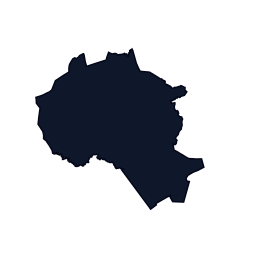 Veselavas pag., Priekulu, Latvia, rotated 310°
{"feature_id": "27541924B69418536197528", "entity_name": "Veselavas pag.", "entity_type": "district", "adm_level": 2, "iso_a3": "LVA", "parent_name": "Latvia", "parent_adm1": "Priekulu", "projection": "orthographic", "projection_center": [25.543, 57.263], "detail": "fine", "context": "isolated", "style": "filled", "palette": "ink", "viewbox_px": 256, "rotation_deg": 310, "n_neighbors": 0, "source": "geoboundaries", "source_scale": "gbopen_adm2", "svg_char_len": 5594}
<svg xmlns="http://www.w3.org/2000/svg" viewBox="0 0 256 256"><g transform="rotate(310 128 128)"><path d="M60.3,86.5L60.6,87.1L60.6,88.1L60.7,88.3L61.5,88.3L61.7,88.6L61.8,89.3L62.0,89.5L62.2,89.4L62.3,88.9L62.7,88.6L63.4,88.9L63.6,89.1L63.7,90.1L63.7,90.3L62.7,90.8L62.7,91.1L63.1,91.8L63.2,92.7L63.4,93.0L64.7,93.2L64.9,93.6L64.8,94.0L64.6,94.2L63.5,95.1L63.3,95.6L63.4,95.9L64.2,96.3L64.4,96.7L64.3,97.0L62.6,97.4L62.0,97.9L61.9,98.2L62.1,98.4L64.7,99.9L65.6,99.8L65.9,99.9L65.9,100.1L65.4,101.5L65.4,101.8L65.7,102.0L66.2,101.7L66.5,101.7L66.6,101.9L66.6,102.2L66.5,102.5L65.8,103.0L64.5,102.9L64.4,103.0L64.7,103.6L64.7,104.0L64.3,104.5L64.2,104.7L64.2,105.0L64.8,105.4L65.8,105.8L65.9,106.1L65.2,106.6L65.5,107.1L65.4,107.3L65.2,107.9L65.4,108.3L65.9,108.8L66.0,109.1L66.0,109.3L65.3,109.5L65.1,109.8L65.1,110.0L65.7,110.6L65.7,110.8L65.6,111.1L64.9,111.7L64.9,112.3L65.0,112.6L66.1,113.9L66.6,114.0L66.9,114.5L67.3,114.7L67.7,114.8L68.8,114.7L69.1,114.9L69.4,116.1L69.6,116.5L69.9,116.7L69.9,116.9L69.7,117.3L69.7,117.5L70.0,118.0L70.4,118.2L70.6,118.2L71.3,117.6L71.6,117.6L72.1,118.3L72.3,118.5L72.8,118.5L74.2,118.0L75.0,117.9L75.1,118.1L75.2,118.5L76.0,119.7L76.3,119.9L76.7,119.7L77.3,118.7L77.7,118.4L78.1,118.1L78.7,118.3L79.1,118.2L79.6,117.6L80.7,117.9L81.9,117.7L82.2,117.9L82.3,118.1L82.3,118.6L82.4,118.8L83.9,118.3L84.8,118.5L86.1,119.0L86.1,119.5L86.4,119.9L88.1,121.5L88.1,122.2L88.0,122.6L87.5,122.9L85.7,123.0L85.4,123.4L85.3,123.7L85.5,124.0L85.5,124.3L85.3,124.6L85.2,125.0L86.0,125.5L86.1,125.8L85.8,126.3L85.7,126.8L85.9,126.9L87.4,126.5L87.6,126.8L87.7,127.1L87.6,127.4L87.9,127.8L87.9,128.0L87.6,128.5L87.7,128.9L88.1,129.5L89.1,130.1L89.2,130.5L88.7,131.3L88.7,131.7L89.0,133.0L89.0,133.8L89.2,134.4L89.5,134.9L89.9,136.3L90.0,136.5L90.6,136.9L91.0,137.5L91.3,137.7L91.8,137.8L91.9,138.1L91.6,138.8L91.7,139.2L91.6,139.5L91.2,139.9L91.2,140.3L90.6,140.9L90.6,142.0L89.8,143.1L89.7,144.3L88.8,144.4L89.2,144.5L89.5,144.8L89.4,145.1L90.3,145.6L90.8,146.4L91.9,146.6L91.9,147.0L92.2,147.2L92.5,147.6L92.5,147.9L92.2,148.3L92.3,148.9L92.9,150.2L93.3,150.6L91.8,150.3L81.1,194.9L80.4,197.5L87.3,199.1L87.8,197.8L100.5,202.4L103.4,203.7L102.3,204.4L100.3,209.5L107.0,218.2L126.4,209.4L125.9,208.6L125.2,207.1L126.7,204.8L130.1,204.3L133.2,205.3L136.2,206.4L140.6,208.8L146.7,211.3L151.6,204.2L147.8,199.9L147.1,198.8L143.6,194.1L143.0,191.2L142.5,187.4L141.8,183.7L141.7,182.3L141.4,180.8L140.7,177.4L144.8,172.6L145.1,173.1L145.3,174.4L145.6,174.8L147.0,174.9L147.8,174.6L148.1,174.1L150.1,173.4L150.4,171.2L152.1,170.5L155.2,170.6L158.4,169.3L161.4,169.5L163.2,168.3L163.7,168.2L165.0,167.6L166.3,166.2L167.1,165.5L167.3,165.3L167.3,165.2L167.5,165.0L168.4,164.6L169.5,164.3L169.9,164.0L170.2,163.6L170.1,163.2L170.4,162.9L170.5,162.6L170.8,162.3L170.7,162.2L170.8,161.9L170.6,161.6L170.6,161.4L170.4,160.9L169.8,160.2L169.8,159.5L170.2,158.9L170.2,158.1L170.6,157.6L171.1,157.3L171.7,157.4L172.9,155.6L172.9,154.5L171.8,154.2L171.9,153.2L172.2,152.8L172.1,152.0L172.6,151.3L173.3,150.6L174.2,149.6L176.1,148.8L177.4,147.8L177.1,147.2L175.8,146.6L175.3,145.8L175.5,145.7L175.4,145.3L175.2,145.3L174.9,145.2L175.1,145.0L175.0,144.9L175.3,143.9L175.5,143.9L175.6,143.5L175.8,143.4L175.9,143.7L176.7,143.4L176.8,143.7L176.7,143.9L176.8,144.0L177.4,144.2L177.6,144.4L177.9,144.3L178.7,144.5L178.7,144.8L179.5,145.2L179.8,145.5L180.1,145.5L180.2,145.3L180.4,145.5L180.7,145.3L181.1,145.5L181.5,145.6L181.6,145.4L181.7,145.5L181.9,145.4L182.5,145.6L182.5,145.8L182.5,146.1L182.7,146.5L183.3,146.3L184.0,146.3L184.5,146.8L184.5,147.8L184.6,148.0L185.2,148.2L185.9,148.0L189.3,150.2L193.5,149.8L193.6,148.6L193.7,147.2L194.1,146.8L195.5,145.9L195.7,145.5L195.4,144.8L195.1,144.5L195.1,143.2L194.4,141.3L194.3,141.2L194.0,141.4L193.0,141.0L193.1,140.8L192.3,140.2L191.9,140.2L191.1,139.3L190.5,139.2L189.7,138.7L189.5,138.1L189.0,137.5L187.8,137.2L187.1,136.6L186.7,136.0L186.8,135.7L187.1,134.9L187.1,134.2L187.2,133.5L186.8,132.3L186.6,131.9L186.6,131.5L186.7,131.2L186.6,130.6L186.2,130.0L186.2,129.2L185.7,128.7L185.6,128.3L185.5,127.7L186.3,127.0L186.5,127.2L186.8,127.0L186.9,126.7L187.1,126.9L187.7,126.3L187.7,126.0L187.5,125.6L187.6,125.3L187.5,125.1L186.9,125.2L187.1,124.7L187.1,123.9L187.2,122.3L186.6,122.4L185.7,115.5L184.6,108.6L179.2,100.8L180.9,96.9L182.9,92.8L190.5,81.7L191.1,80.3L190.9,80.3L190.8,80.5L190.7,80.9L190.6,81.0L190.4,80.8L190.4,80.6L189.7,80.4L189.5,80.1L189.5,79.7L189.3,79.7L189.3,79.8L189.3,80.1L188.7,80.6L188.1,80.3L188.1,80.0L188.3,79.9L188.2,79.7L187.7,80.1L187.3,80.7L187.0,81.0L186.7,80.9L186.3,80.4L186.1,80.4L185.6,81.2L184.9,80.7L184.7,80.6L184.2,81.5L183.9,81.5L183.7,81.4L183.8,81.2L183.7,81.2L183.5,81.4L183.3,81.8L183.1,82.0L182.7,81.2L182.7,80.7L183.6,79.1L182.7,78.6L182.6,78.4L183.0,77.6L182.9,77.4L182.6,77.5L182.0,77.9L181.9,77.8L181.9,77.7L182.2,77.2L181.7,77.2L181.6,76.7L180.9,76.4L180.0,75.4L179.5,75.1L178.7,74.2L177.7,73.6L177.5,73.3L177.6,73.0L177.3,72.2L177.4,71.7L177.3,71.2L177.0,70.5L176.4,69.7L175.3,69.0L174.7,68.4L173.8,66.5L173.9,65.9L173.7,65.3L173.5,64.5L167.7,66.7L167.5,67.0L165.8,67.6L165.7,67.4L156.4,61.5L148.6,56.7L151.2,52.7L155.8,47.3L156.3,46.2L156.2,46.0L152.4,44.4L150.3,44.5L148.0,43.9L147.9,43.2L147.5,42.1L145.5,41.3L139.8,42.2L138.0,42.9L135.7,44.4L132.9,46.8L127.0,44.8L117.6,42.0L115.3,42.8L108.0,45.2L104.9,44.5L101.6,42.9L99.3,42.0L97.0,40.8L92.3,37.8L90.1,40.1L88.1,41.9L86.8,47.8L79.0,52.7L73.1,56.7L71.8,61.2L71.3,62.7L70.7,64.9L68.4,67.9L65.5,70.3L65.6,73.9L65.3,74.4L64.2,78.3L63.6,80.2L63.2,81.1L62.2,84.1L60.3,86.5Z" fill="#0f172a" stroke="#020617" stroke-width="1.5"/></g></svg>